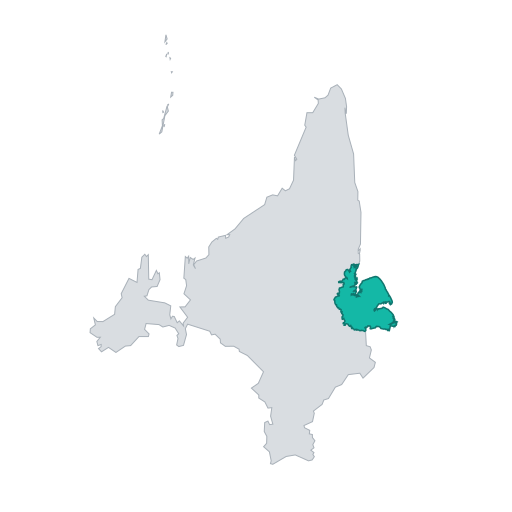 India, with Gujarat highlighted, rotated 190°
{"feature_id": "IND-3264", "entity_name": "Gujarat", "entity_type": "state/province", "adm_level": 1, "iso_a3": "IND", "parent_name": "India", "parent_adm1": "", "projection": "equal_earth", "projection_center": [71.839, 22.391], "detail": "fine", "context": "in_parent", "style": "filled", "palette": "teal", "viewbox_px": 512, "rotation_deg": 190, "n_neighbors": 0, "source": "natural_earth", "source_scale": "10m", "svg_char_len": 9767}
<svg xmlns="http://www.w3.org/2000/svg" viewBox="0 0 512 512"><g transform="rotate(190 256 256)"><path d="M105.7,212.2L111.6,210.7L112.2,205.8L122.9,207.8L130.1,204.4L132.4,206.8L135.9,204.6L131.8,186.9L127.8,186.4L126.1,183.5L126.6,175.3L120.0,172.0L120.4,166.7L129.4,154.3L133.4,158.6L144.5,155.2L149.3,144.3L155.1,140.6L159.9,128.2L164.2,126.0L165.1,121.4L172.5,113.3L171.3,111.2L171.6,102.7L179.3,97.4L178.4,95.3L172.8,93.6L172.6,90.1L169.5,90.0L168.9,87.0L165.9,84.3L167.3,80.1L165.6,77.2L168.3,74.3L164.8,72.5L165.5,70.4L163.7,68.5L165.3,64.9L168.7,63.4L182.8,66.9L191.5,63.8L203.3,53.8L205.7,54.0L205.5,57.0L208.8,65.5L215.4,69.5L213.0,73.4L214.0,80.2L217.4,84.6L218.5,93.5L215.6,95.5L213.3,92.3L210.2,93.3L213.8,100.8L214.1,109.4L217.8,108.3L221.9,113.8L228.6,116.6L229.1,119.6L237.6,125.1L231.6,131.0L228.5,143.3L247.2,156.5L255.8,159.1L256.5,161.3L262.3,163.3L270.5,161.7L275.9,164.3L276.8,167.9L282.7,171.9L286.1,170.6L288.5,173.9L311.5,177.0L313.0,172.2L310.8,166.6L311.9,155.4L316.3,153.4L318.7,154.6L318.5,161.2L320.1,164.1L318.6,166.0L323.1,171.0L329.5,172.6L335.4,169.9L339.6,171.6L352.5,170.4L353.0,164.4L347.8,160.7L348.0,158.0L357.3,156.3L363.9,146.0L369.0,144.6L377.2,136.7L385.4,140.4L391.5,134.8L395.0,137.5L392.8,139.8L393.1,142.0L396.1,140.3L397.9,144.2L395.2,149.0L398.4,148.3L406.1,151.7L406.5,155.5L402.2,160.3L405.0,166.8L401.0,163.9L395.4,164.8L385.1,174.0L385.7,181.7L380.6,191.7L382.2,195.5L377.2,211.9L368.6,209.3L369.8,222.3L367.7,223.7L368.2,235.0L365.8,238.4L363.8,236.4L362.3,238.6L357.6,214.6L354.3,214.6L351.6,224.5L349.5,221.4L348.3,222.7L346.4,216.0L348.1,208.8L353.4,207.4L355.6,204.4L356.5,197.8L359.0,197.0L354.4,193.8L337.7,194.0L331.3,192.1L330.7,183.1L328.9,179.3L327.8,182.2L326.0,182.2L322.0,176.6L320.2,178.8L315.2,174.5L316.1,177.2L312.7,183.8L322.1,192.6L317.0,193.6L312.9,201.4L320.4,206.3L319.2,214.7L321.1,220.6L323.2,221.6L325.5,243.2L323.4,241.9L322.3,244.1L320.9,236.6L320.5,243.1L317.3,241.7L315.7,243.4L316.2,236.3L313.4,233.0L315.8,236.6L313.7,240.7L305.0,245.3L302.6,249.1L304.1,256.7L301.9,262.1L298.1,266.5L296.6,265.8L296.4,268.1L289.7,271.0L288.9,268.2L286.2,270.0L285.6,272.4L288.3,271.9L281.4,279.0L274.6,290.9L256.4,308.1L255.5,315.8L250.2,319.1L245.2,319.0L242.0,327.3L238.4,325.3L234.7,328.0L232.2,337.2L235.3,360.1L233.6,356.8L232.6,358.4L235.7,361.9L229.0,391.6L230.7,393.3L230.7,406.0L225.0,407.0L221.1,417.1L221.9,420.4L226.2,422.5L221.5,421.4L215.5,423.8L213.0,426.9L211.6,434.3L205.8,438.8L200.9,435.3L195.3,426.7L192.7,418.7L191.8,411.8L194.2,417.5L192.9,411.9L186.1,390.9L177.6,373.4L171.5,345.5L166.8,337.1L165.5,328.7L163.9,328.0L160.2,317.2L155.2,285.9L156.5,280.5L156.2,278.7L154.7,281.2L154.4,279.7L154.5,276.6L156.3,276.9L154.2,275.7L152.9,269.0L155.3,257.0L152.4,247.1L153.6,245.7L152.3,245.9L157.6,241.8L151.6,242.6L153.2,238.7L151.3,238.6L151.7,236.0L154.4,235.0L147.8,234.5L148.7,237.0L146.2,240.8L148.5,244.9L146.0,250.2L135.5,256.1L129.9,254.7L114.0,234.2L114.9,232.1L117.2,234.2L126.7,230.2L130.0,222.9L121.3,227.6L116.8,226.3L110.6,221.5L108.3,216.2L112.1,212.2L106.4,215.8L105.7,212.2ZM369.6,388.4L367.5,383.5L370.1,378.4L370.3,361.9L372.5,359.2L370.8,368.0L372.1,373.8L370.8,375.3L369.6,388.4ZM382.9,451.1L383.1,458.2L381.2,454.3L382.9,451.1ZM367.6,402.6L366.2,402.8L365.9,399.8L367.6,397.7L367.6,402.6ZM377.9,439.7L377.8,441.7L377.4,439.8L377.9,439.7ZM379.5,436.8L379.0,439.6L379.1,436.6L379.5,436.8ZM381.5,448.5L380.9,450.7L380.4,449.9L381.5,448.5ZM371.4,422.8L370.4,422.9L370.9,421.8L371.4,422.8ZM369.3,389.4L368.3,390.6L368.8,388.8L369.3,389.4ZM372.6,381.1L373.2,383.1L372.0,381.6L372.6,381.1ZM375.2,436.3L374.4,435.9L374.7,434.8L375.2,436.3ZM369.2,367.9L368.7,370.0L368.9,367.7L369.2,367.9Z" fill="#d9dde1" stroke="#a8b0b8" stroke-width="1"/><path d="M135.4,205.2L136.3,204.4L136.2,204.1L135.2,203.7L135.2,202.7L134.9,202.0L135.2,201.2L136.1,200.6L137.7,201.3L138.8,200.9L139.5,201.1L140.1,200.6L141.1,200.5L142.0,201.0L143.4,200.7L143.6,201.2L144.0,201.3L144.3,200.6L145.2,201.0L145.7,200.4L146.4,200.3L146.9,201.0L147.6,201.3L149.2,201.2L149.3,201.5L148.5,201.7L148.4,201.9L148.8,202.3L149.4,202.4L149.5,202.8L150.1,202.8L150.6,204.1L150.9,204.0L151.1,203.1L151.5,203.0L152.8,203.7L153.3,204.7L155.2,205.1L155.8,204.8L156.2,203.3L157.2,203.1L157.3,204.5L158.0,204.9L158.4,204.7L158.5,205.0L158.3,205.5L157.7,205.5L157.4,206.1L157.1,207.2L157.3,207.9L158.3,208.8L158.8,209.9L159.5,209.5L159.8,208.7L160.0,208.7L160.4,209.6L160.7,211.0L160.1,211.6L160.0,213.1L160.6,213.2L161.0,214.1L161.6,214.3L161.6,215.7L162.2,215.3L162.7,215.7L162.9,218.0L163.3,218.0L163.8,218.4L164.7,218.0L165.6,219.4L165.9,219.5L166.1,219.1L166.4,219.1L167.7,220.4L167.9,220.7L168.1,221.8L168.3,222.0L169.0,221.8L170.0,223.2L170.4,224.4L170.7,225.9L171.1,225.9L171.6,226.4L171.6,226.9L170.6,229.4L169.7,229.7L168.3,231.1L167.5,230.9L167.2,231.1L167.1,231.5L167.9,232.4L168.9,232.4L169.4,232.8L168.9,233.6L168.3,233.7L167.8,233.3L167.5,233.7L167.6,235.4L168.4,237.3L168.2,239.0L167.5,239.1L166.3,240.0L164.9,240.6L164.8,241.0L164.8,241.9L165.2,242.8L164.9,243.4L164.3,243.8L165.0,245.2L166.9,244.6L168.1,244.6L168.5,244.3L168.9,244.7L169.9,244.3L170.1,244.9L169.5,245.5L168.1,246.0L167.4,245.9L166.5,246.8L166.1,248.3L165.3,248.6L164.9,248.4L164.5,249.5L163.7,250.1L163.1,250.1L162.2,249.6L162.3,249.9L163.1,250.7L163.8,250.7L165.6,252.8L165.9,254.1L166.0,255.6L165.0,257.0L164.8,258.0L163.8,258.6L163.1,258.6L162.6,257.9L161.5,257.0L161.1,256.4L160.7,257.1L160.3,257.3L160.7,257.7L160.8,258.2L161.1,258.3L161.3,259.0L160.2,261.4L160.5,261.6L160.6,262.8L160.4,264.0L159.2,263.9L159.0,264.7L158.5,265.0L158.2,265.0L158.2,264.3L158.1,264.1L157.6,264.0L157.5,264.6L157.0,264.6L156.8,263.6L157.6,263.0L157.7,262.6L157.2,262.5L157.1,261.8L156.4,262.4L156.0,262.4L155.8,263.0L155.3,263.0L155.3,263.4L155.8,264.0L155.9,264.8L155.1,265.2L154.1,265.2L153.4,265.6L153.9,263.5L153.7,263.4L153.8,262.6L154.1,261.6L154.5,261.2L155.2,261.0L155.2,260.4L154.8,259.9L155.2,259.1L155.2,257.8L155.5,256.7L155.3,256.2L155.9,255.8L155.6,255.4L155.6,254.9L155.4,255.3L155.2,255.1L155.4,254.3L154.7,254.7L155.0,253.9L154.7,253.4L155.2,252.9L155.2,252.7L154.6,252.8L154.0,252.1L153.9,251.9L154.5,251.9L154.8,251.7L154.4,250.6L153.8,250.9L153.7,250.7L153.6,251.1L153.2,251.4L153.5,250.3L153.4,250.1L153.0,250.2L152.9,251.0L152.6,251.2L152.3,250.9L152.5,250.5L153.6,249.6L152.7,248.8L152.7,248.5L152.4,248.8L152.0,247.6L152.7,247.3L152.0,247.2L151.8,246.9L152.5,246.6L153.5,245.8L153.7,246.0L153.6,245.6L152.0,246.5L152.4,245.5L154.0,244.2L154.5,243.3L155.2,243.3L157.6,242.0L157.8,241.7L157.6,241.6L155.6,242.7L154.9,242.6L154.3,242.9L152.3,242.7L151.6,243.0L151.4,242.6L151.8,240.4L152.4,239.3L153.1,239.1L153.6,238.4L153.3,238.4L153.1,238.7L152.4,238.7L151.6,239.5L151.1,238.6L151.5,236.3L151.9,235.5L152.5,235.3L153.7,236.0L154.4,235.0L154.8,234.9L155.3,235.3L155.5,235.1L155.5,234.7L155.4,234.3L155.2,234.6L154.4,234.4L153.8,234.8L151.9,234.2L150.7,235.0L150.7,234.5L150.0,234.7L149.8,233.9L150.1,233.6L150.0,233.1L149.6,233.4L149.3,234.6L148.7,234.6L148.6,234.1L148.4,234.0L148.0,234.0L148.0,234.4L147.4,234.4L147.8,234.7L148.4,234.2L148.4,234.9L149.1,235.0L149.1,237.2L148.6,238.1L148.2,238.1L148.1,238.4L147.9,238.2L147.7,238.6L147.3,238.2L146.9,238.2L147.2,238.5L146.7,238.6L146.9,239.0L146.4,238.9L146.1,239.1L146.9,239.4L147.5,239.3L147.4,239.5L147.6,239.8L147.6,240.5L147.2,240.4L146.5,239.7L146.4,240.0L146.8,240.2L146.9,240.6L145.9,240.3L145.8,241.1L145.9,241.3L146.1,241.1L146.1,241.5L147.6,241.2L148.2,242.5L148.7,242.6L149.0,243.5L148.2,246.1L147.0,248.0L146.8,248.8L147.0,249.5L145.8,250.5L145.1,250.6L143.3,252.0L142.9,252.0L141.5,253.0L141.1,253.1L141.3,252.7L141.1,252.8L140.2,254.0L138.7,254.5L136.8,255.7L136.3,255.8L135.9,256.1L135.1,256.1L135.0,256.5L133.6,256.6L132.9,256.3L132.5,256.4L130.4,255.1L128.3,253.4L125.3,250.2L123.1,246.9L122.8,245.8L122.2,245.5L120.9,243.7L120.2,243.2L119.3,241.8L118.8,241.4L118.5,240.9L118.4,240.0L118.1,240.3L117.8,240.2L116.4,238.6L114.2,235.4L113.7,234.1L114.1,232.4L115.1,231.5L115.2,231.8L114.8,232.2L115.1,232.6L115.9,232.6L116.2,232.2L116.4,232.4L116.1,233.6L116.5,234.4L117.3,234.3L118.1,233.6L119.4,233.4L119.8,232.7L119.7,232.0L120.1,231.9L120.1,232.9L120.8,233.3L121.4,232.5L121.7,232.6L122.0,231.5L122.7,232.4L123.1,231.7L123.6,231.6L124.6,230.6L126.7,230.3L128.2,227.3L128.2,226.7L128.8,225.6L129.6,224.7L130.0,224.7L130.4,223.5L130.1,222.7L129.8,222.4L129.1,223.2L129.2,223.9L129.0,225.0L128.0,225.1L127.3,224.2L127.2,224.8L126.6,224.9L126.2,224.6L126.2,224.3L126.0,224.8L126.3,225.2L123.1,226.2L122.5,226.6L121.9,227.7L120.5,227.5L117.9,226.5L116.5,226.3L114.8,224.9L113.0,223.9L110.8,222.0L110.7,221.6L110.2,221.0L110.2,220.8L110.3,221.0L110.5,220.4L109.7,220.5L109.6,220.3L109.8,219.7L110.3,219.6L109.8,219.1L109.4,219.0L109.3,218.6L109.6,218.3L109.2,218.2L108.9,218.5L108.8,218.3L108.8,217.9L108.6,218.1L108.4,217.9L109.1,217.0L108.5,216.5L108.6,217.1L108.3,217.2L108.3,215.5L109.1,215.5L108.9,214.9L109.6,214.7L110.1,213.9L110.7,213.5L111.0,212.7L111.6,212.7L112.6,211.9L112.0,211.9L111.5,212.4L110.6,212.5L110.3,213.2L108.5,214.2L107.6,215.4L107.7,215.6L107.4,215.9L105.9,215.8L105.5,215.6L106.1,214.9L106.4,215.1L106.9,214.8L106.9,214.6L106.5,214.7L106.2,214.4L106.1,213.3L105.8,213.7L105.7,213.6L105.9,212.4L106.2,211.9L106.7,211.6L106.8,211.1L107.2,211.4L107.6,210.6L107.7,211.0L108.5,210.6L111.6,210.6L111.7,206.1L111.9,205.5L112.4,205.6L112.6,206.7L112.8,206.8L113.5,205.7L114.3,206.6L115.2,206.1L116.3,206.6L117.4,206.2L120.4,206.3L121.5,207.5L122.5,207.9L125.1,207.7L125.5,207.3L126.1,205.9L127.5,205.5L128.1,205.1L128.6,205.0L129.3,204.5L130.4,204.2L130.8,204.2L131.0,204.6L130.7,205.1L130.8,206.1L131.4,206.8L133.1,206.8L133.8,206.5L133.7,205.9L134.5,205.1L135.4,205.2Z" fill="#14b8a6" stroke="#0f766e" stroke-width="1.5"/></g></svg>